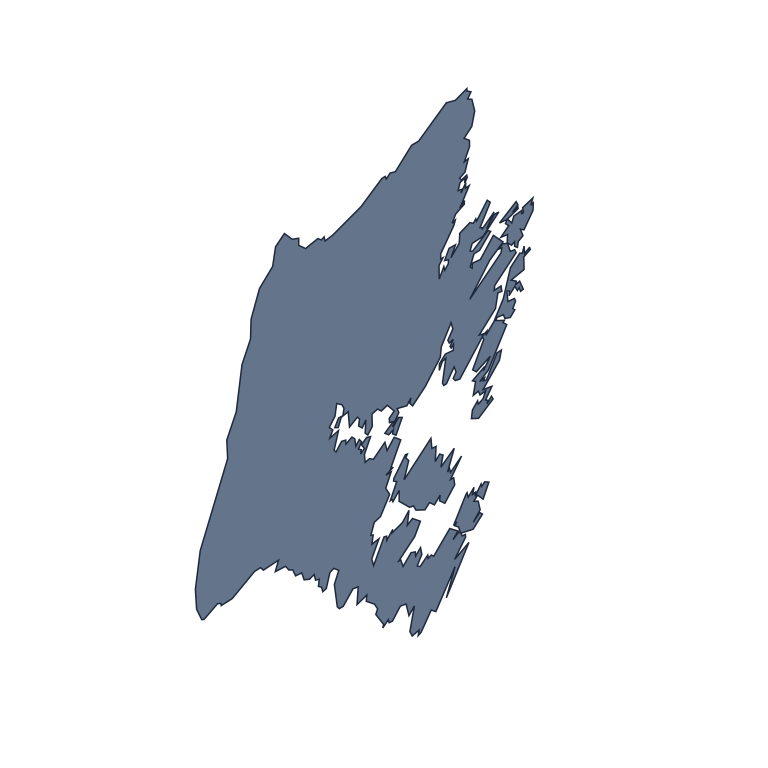 outline of Averøy nor, Møre og Romsdal, Norway, rotated 121°
{"feature_id": "86288312B65221364882540", "entity_name": "Averøy nor", "entity_type": "district", "adm_level": 2, "iso_a3": "NOR", "parent_name": "Norway", "parent_adm1": "Møre og Romsdal", "projection": "equal_earth", "projection_center": [7.535, 63.027], "detail": "fine", "context": "isolated", "style": "filled", "palette": "slate", "viewbox_px": 768, "rotation_deg": 121, "n_neighbors": 0, "source": "geoboundaries", "source_scale": "gbopen_adm2", "svg_char_len": 6156}
<svg xmlns="http://www.w3.org/2000/svg" viewBox="0 0 768 768"><g transform="rotate(121 384 384)"><path d="M535.2,220.4L476.1,229.6L498.0,233.1L473.1,235.2L471.0,236.8L473.9,238.7L472.3,241.3L462.6,232.8L444.8,232.6L444.9,235.9L456.5,236.2L442.3,236.8L435.9,242.9L438.2,246.5L431.1,246.6L431.7,239.7L414.1,243.6L416.0,247.3L421.4,247.6L419.7,249.3L433.4,248.0L429.5,249.9L433.1,251.2L426.1,253.6L437.7,253.5L434.4,256.8L436.9,256.8L469.5,251.5L464.6,250.5L469.1,250.4L468.2,246.5L472.3,241.5L472.4,243.7L481.8,244.7L471.9,244.9L474.0,253.2L506.1,252.7L506.2,255.4L510.7,256.3L508.1,258.4L521.9,259.0L522.9,261.8L510.6,263.8L505.4,268.4L515.2,268.3L511.8,270.7L514.6,273.9L530.6,273.7L526.3,278.8L528.2,280.2L498.8,279.1L482.9,282.1L484.6,290.3L493.1,291.2L479.4,297.5L493.2,296.8L508.8,300.7L504.0,301.6L516.6,301.1L513.1,303.4L515.0,305.2L544.9,299.4L540.2,304.4L519.2,308.6L527.6,311.9L519.0,315.5L520.4,317.3L507.6,321.1L499.5,318.7L475.7,322.3L472.5,328.8L455.7,332.6L461.2,335.3L450.4,333.2L454.1,334.5L423.2,340.9L424.4,347.8L439.5,347.1L433.5,353.2L454.0,354.3L455.5,358.0L460.9,359.8L454.4,364.5L436.0,368.4L438.8,371.4L447.7,372.0L449.3,367.6L456.1,367.9L452.0,369.6L453.0,372.4L445.1,373.4L444.3,376.6L451.8,376.1L446.0,380.9L446.0,384.1L455.1,385.7L451.8,387.9L455.0,390.8L467.0,390.1L466.5,392.6L447.4,399.0L458.3,402.5L449.8,404.2L449.4,408.5L436.8,409.4L425.1,414.5L423.4,409.2L425.6,405.7L432.4,402.9L436.5,405.4L446.8,403.7L444.9,400.8L434.6,403.5L426.2,400.4L438.7,391.4L426.2,389.7L426.6,387.0L433.1,384.1L432.9,380.0L424.1,381.0L435.8,374.9L436.1,371.6L426.4,372.2L416.0,378.8L408.8,376.6L408.6,372.4L400.5,370.2L401.9,361.4L410.8,361.8L414.3,359.4L411.5,356.7L425.8,357.9L425.1,353.8L418.4,352.4L422.3,351.0L421.7,347.3L403.3,351.2L405.2,354.4L415.8,353.9L415.8,354.8L400.8,356.6L398.3,360.1L390.9,353.2L382.1,353.8L387.3,351.9L388.0,348.2L364.9,347.3L332.1,349.5L322.6,354.0L297.0,358.1L301.2,353.4L313.6,351.8L315.3,349.1L309.9,347.7L317.8,346.7L318.6,344.9L314.2,344.9L319.4,341.9L326.7,346.8L338.2,346.9L343.9,343.6L334.6,345.6L330.1,344.3L353.2,334.3L354.5,332.0L351.7,330.6L333.2,332.7L336.5,328.5L343.6,327.5L344.4,324.7L340.7,321.5L292.8,324.0L294.5,321.4L326.2,315.3L326.0,311.1L305.4,307.2L321.3,305.6L318.7,307.0L335.7,309.8L334.7,306.8L347.8,301.6L341.5,299.4L344.0,296.1L337.6,293.4L345.6,291.5L352.7,292.8L350.2,295.1L360.8,294.8L368.7,291.2L364.8,285.3L340.7,282.8L339.1,285.6L348.0,285.5L344.4,286.4L345.4,288.7L330.4,290.3L337.8,296.2L304.1,297.3L294.4,300.9L299.0,303.1L327.8,298.3L330.0,300.4L326.9,300.9L332.7,303.2L318.5,301.7L269.8,309.4L270.0,313.6L267.4,313.6L272.1,320.9L268.6,321.4L263.1,317.3L265.6,314.1L261.9,310.0L253.0,310.1L253.1,312.4L245.2,313.9L243.5,316.2L249.4,320.3L241.2,326.4L239.6,324.5L243.9,322.3L232.9,322.1L235.2,317.8L231.8,317.7L234.2,314.7L231.0,313.4L226.0,320.7L231.0,322.4L227.7,323.5L229.5,328.5L213.7,322.9L203.1,329.6L192.5,327.8L194.1,328.8L191.5,329.6L199.7,330.7L193.6,334.9L200.7,332.7L201.8,335.0L219.2,335.5L249.4,325.7L274.1,321.9L290.0,321.7L285.7,323.1L292.4,324.4L290.2,324.9L293.0,327.6L261.9,327.3L247.2,333.3L243.9,330.7L239.6,334.2L247.0,337.7L242.6,339.8L203.4,338.4L201.6,341.2L205.3,344.0L199.7,350.7L203.0,354.6L208.7,354.7L206.7,353.1L211.3,351.2L267.3,354.1L223.5,357.1L200.9,355.1L200.2,366.8L227.7,365.5L235.0,370.5L239.3,368.1L239.4,370.4L226.0,373.9L220.2,370.9L198.2,371.2L199.0,374.0L224.6,376.4L225.7,378.7L218.2,380.8L206.1,375.1L177.5,374.2L181.9,376.8L198.1,376.0L179.8,378.2L201.3,379.7L199.2,379.9L200.5,382.2L173.5,386.5L173.3,390.2L196.8,388.5L195.1,390.4L200.3,390.2L201.4,393.5L215.8,396.7L224.6,392.0L241.3,391.6L227.8,394.4L234.2,398.1L247.0,395.6L244.2,392.8L247.9,390.8L255.2,390.5L252.5,393.2L265.6,390.7L254.0,397.9L245.4,398.5L247.6,399.8L243.3,402.4L211.9,405.8L206.9,407.3L211.2,408.3L201.4,410.1L188.6,407.8L185.3,409.5L194.2,409.5L170.0,413.2L174.4,415.0L169.2,417.6L180.6,416.3L177.2,417.7L180.0,420.0L172.1,422.6L165.8,420.6L170.2,418.3L164.0,419.0L162.3,420.7L169.2,422.6L168.7,425.2L160.7,423.7L147.5,427.8L152.1,429.6L136.3,433.0L131.1,436.3L132.2,441.9L118.0,441.4L103.2,446.9L94.7,455.3L96.7,459.0L88.7,460.0L90.2,463.7L88.1,465.1L104.2,469.0L110.8,475.4L157.9,479.4L165.2,483.3L196.2,483.6L200.0,487.4L207.1,487.6L205.4,489.9L209.0,491.7L243.7,495.0L283.0,504.7L291.8,508.2L288.8,511.1L292.8,511.9L293.4,515.6L308.3,521.0L309.1,528.4L303.0,532.2L307.2,537.2L306.3,546.9L322.3,547.6L340.6,540.0L366.3,539.9L396.9,531.3L414.2,521.6L440.5,515.7L484.0,496.3L513.0,489.9L528.5,479.6L621.5,455.7L657.2,439.9L673.6,428.6L679.9,418.8L678.5,417.0L658.0,413.5L656.1,410.8L657.8,409.4L646.2,403.6L611.3,398.4L605.0,395.2L605.7,391.5L589.3,383.7L600.8,380.5L591.0,374.5L592.4,369.6L590.3,366.5L594.0,361.0L588.3,357.2L593.0,351.6L589.7,347.3L583.3,345.8L587.4,341.6L584.7,338.9L591.2,336.0L590.4,332.8L593.6,329.5L589.1,328.1L573.3,333.3L567.9,332.0L567.0,326.8L581.4,323.3L599.0,309.3L599.6,306.6L595.5,304.4L575.5,305.1L571.2,301.6L587.0,293.5L573.8,290.0L579.4,287.3L577.6,278.8L580.0,273.7L585.8,272.3L590.3,260.5L593.8,259.4L583.8,258.9L586.0,256.7L582.9,254.6L566.0,255.6L561.2,251.8L569.7,243.3L558.6,243.6L582.9,234.3L585.5,230.0L576.8,227.2L582.0,225.1L577.7,224.3L553.5,227.1L552.4,222.3L504.0,229.0L535.2,220.4ZM454.9,270.4L433.9,271.5L428.5,276.0L431.7,277.8L405.8,280.4L425.6,281.4L422.7,284.3L426.8,284.1L402.9,290.7L426.0,292.4L414.5,296.8L415.4,300.2L424.1,300.1L410.7,307.2L414.6,309.7L406.4,315.8L455.7,317.4L436.9,323.4L436.1,327.3L432.0,327.9L433.6,329.2L459.9,326.9L462.3,325.8L461.2,322.8L480.8,318.5L478.8,317.7L480.3,315.7L467.3,316.2L476.8,310.6L476.5,298.6L473.3,295.9L475.7,291.7L470.8,284.1L462.2,283.9L461.6,278.5L450.2,278.7L455.5,276.2L454.9,270.4ZM192.7,342.3L185.3,341.3L181.0,346.8L179.8,343.4L158.4,345.7L151.8,349.4L155.2,350.2L147.9,352.2L161.5,356.0L165.3,352.7L167.1,353.7L164.5,355.4L173.2,359.2L180.2,357.4L179.0,363.1L164.6,359.4L162.8,360.8L167.6,360.5L169.4,362.2L161.3,361.6L159.6,364.7L186.5,367.9L179.4,363.2L184.0,362.5L184.0,358.6L198.1,359.4L192.3,355.1L199.4,351.2L199.4,346.2L194.8,345.3L198.7,343.0L198.2,340.0L192.7,342.3Z" fill="#64748b" stroke="#1e293b" stroke-width="1.5"/></g></svg>